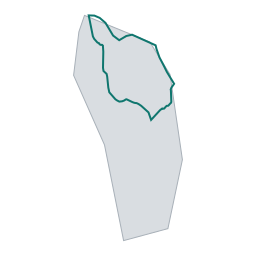 Saint Andrew highlighted on a map of Dominica
{"feature_id": "DMA-1432", "entity_name": "Saint Andrew", "entity_type": "Parish", "adm_level": 1, "iso_a3": "DMA", "parent_name": "Dominica", "parent_adm1": "", "projection": "natural_earth1", "projection_center": [-61.355, 15.539], "detail": "fine", "context": "in_parent", "style": "outline", "palette": "teal", "viewbox_px": 256, "rotation_deg": 0, "n_neighbors": 0, "source": "natural_earth", "source_scale": "10m", "svg_char_len": 1227}
<svg xmlns="http://www.w3.org/2000/svg" viewBox="0 0 256 256"><path d="M167.9,228.6L123.6,240.6L104.5,144.9L73.6,75.3L78.9,31.8L84.5,15.4L149.8,42.0L170.0,74.4L182.4,159.7L167.9,228.6Z" fill="#d9dde1" stroke="#a8b0b8" stroke-width="1"/><path d="M88.7,15.4L94.4,15.6L99.7,17.9L105.5,22.9L113.1,35.6L119.2,40.2L126.3,36.0L132.1,34.7L155.6,45.3L156.5,49.0L159.5,57.5L164.2,66.5L166.8,71.8L174.1,83.8L171.5,87.5L170.7,89.6L170.9,90.4L171.3,101.6L171.1,102.7L171.0,102.8L170.7,103.0L168.9,105.0L168.5,105.5L168.2,105.7L167.9,105.8L167.7,105.8L166.9,105.8L166.6,105.9L165.4,107.1L164.6,108.1L164.2,108.5L163.9,108.7L163.7,108.7L163.4,108.7L163.2,108.6L162.9,108.7L162.7,108.8L162.6,108.7L162.4,108.6L162.2,108.5L160.0,110.2L151.1,119.9L148.5,112.4L141.2,105.8L138.5,104.0L136.6,103.1L135.2,103.0L133.7,102.6L132.0,101.9L127.0,99.5L126.5,99.3L125.9,99.4L124.0,100.6L122.1,101.3L119.3,101.6L117.0,100.4L115.3,99.2L109.3,92.3L108.3,87.6L107.2,76.7L106.6,73.9L103.5,71.0L103.0,67.8L103.3,51.7L102.9,45.7L102.7,45.6L102.3,45.0L102.2,44.9L101.9,44.8L101.7,44.8L101.3,44.9L100.9,44.9L100.6,44.8L99.8,44.4L99.6,44.3L99.4,44.0L99.2,43.5L99.1,43.3L97.4,42.5L94.2,38.9L92.9,36.4L88.7,15.4Z" fill="none" stroke="#0f766e" stroke-width="2"/></svg>